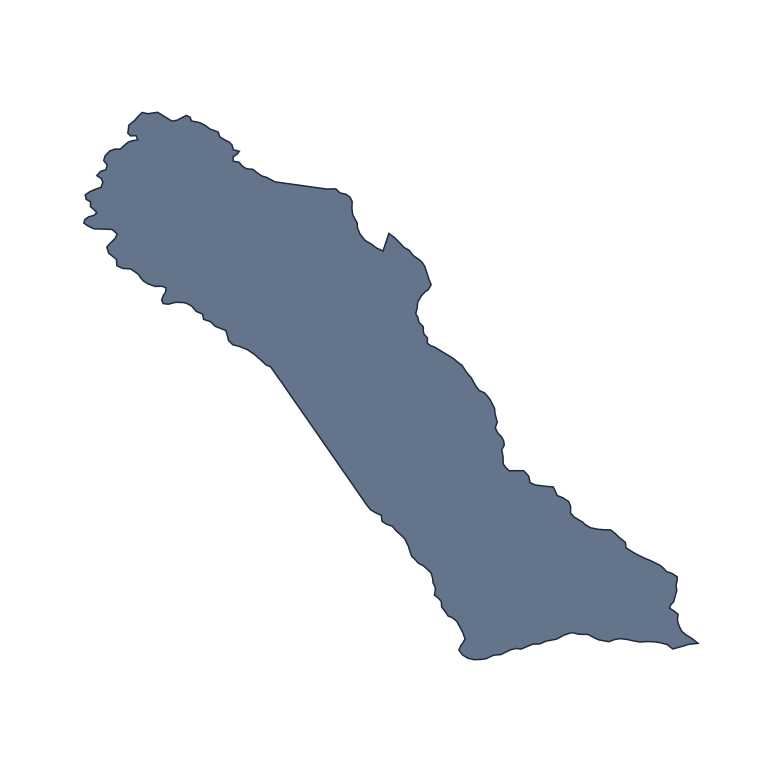 Senador La Rocque, Maranhão, Brazil, rotated 82°
{"feature_id": "56859067B35743322866998", "entity_name": "Senador La Rocque", "entity_type": "district", "adm_level": 2, "iso_a3": "BRA", "parent_name": "Brazil", "parent_adm1": "Maranhão", "projection": "equal_earth", "projection_center": [-47.144, -5.381], "detail": "fine", "context": "isolated", "style": "filled", "palette": "slate", "viewbox_px": 768, "rotation_deg": 82, "n_neighbors": 0, "source": "geoboundaries", "source_scale": "gbopen_adm2", "svg_char_len": 3829}
<svg xmlns="http://www.w3.org/2000/svg" viewBox="0 0 768 768"><g transform="rotate(82 384 384)"><path d="M684.6,109.1L679.3,114.0L674.6,119.7L670.2,123.6L665.1,125.3L661.1,126.1L657.6,126.1L652.9,124.8L648.5,129.0L645.8,132.4L642.6,130.7L639.6,127.2L635.9,125.8L629.2,122.8L623.7,122.8L619.9,121.2L615.8,120.4L611.8,125.0L608.9,130.5L605.5,132.7L602.1,135.7L596.2,144.3L592.5,150.7L588.7,156.2L585.7,160.3L582.9,163.6L579.9,167.1L574.5,167.0L568.8,172.3L564.4,175.7L560.0,179.9L559.0,186.2L557.6,192.4L555.1,199.5L551.4,204.2L548.5,206.4L542.0,214.5L537.5,217.2L531.2,216.2L526.1,217.5L521.5,222.8L518.4,228.2L515.0,229.0L509.5,230.7L507.7,238.5L505.1,248.1L502.0,253.0L495.2,253.6L489.3,257.8L488.3,264.9L487.3,272.2L483.4,275.2L479.8,277.1L472.4,276.2L465.5,276.6L461.2,273.4L457.0,273.4L452.8,274.9L447.9,278.4L442.7,279.9L437.6,277.1L433.8,277.6L428.7,278.2L423.5,277.9L414.5,281.0L411.2,282.8L407.0,285.5L403.6,290.6L399.2,293.1L395.0,294.8L390.1,296.7L383.8,300.7L376.4,304.1L372.0,308.6L369.0,311.1L364.0,317.1L359.8,322.3L354.5,328.7L352.5,332.6L349.6,335.4L344.5,334.6L339.9,337.6L336.4,337.6L332.9,337.1L327.7,340.8L322.8,341.2L318.8,342.8L314.5,341.0L307.2,339.0L302.0,334.8L298.6,330.7L296.7,327.0L292.3,323.5L286.1,325.0L281.6,325.7L273.2,327.3L269.0,329.2L265.7,331.9L261.0,337.0L255.1,340.5L251.3,345.4L246.3,348.8L240.7,353.0L235.6,358.2L252.2,366.5L248.0,372.9L243.6,377.1L239.4,382.5L236.3,384.5L232.0,386.9L225.7,388.6L220.8,388.1L217.0,389.6L211.9,391.4L205.3,391.3L198.8,390.1L194.3,391.6L190.8,395.2L188.6,401.0L184.0,404.6L183.0,413.5L168.7,463.7L166.0,467.5L162.9,471.7L161.2,475.6L158.2,479.2L153.2,483.9L151.7,490.2L148.7,493.8L144.1,496.8L142.3,502.4L138.2,501.9L136.1,497.7L133.4,494.9L131.1,500.6L126.2,501.2L122.7,503.8L120.2,507.6L116.4,512.2L111.5,513.1L107.1,521.1L103.6,524.4L99.6,529.9L96.7,538.0L92.7,539.0L90.5,542.4L94.0,552.2L94.2,557.4L83.4,570.4L83.5,580.2L81.4,585.7L84.9,590.3L88.3,594.3L92.1,600.6L96.4,601.8L100.0,602.8L103.1,600.3L103.5,594.9L108.0,594.0L108.0,599.1L108.9,603.8L112.0,608.7L114.7,612.4L113.9,618.0L115.1,623.2L119.1,628.3L123.7,630.5L128.6,627.6L133.0,629.6L134.0,635.2L137.7,639.4L141.1,635.5L144.8,634.3L149.8,636.8L151.2,643.6L152.7,648.7L155.2,653.6L159.8,653.2L162.7,649.3L167.6,650.0L171.1,646.8L174.5,644.6L176.7,648.0L177.3,653.2L179.5,657.3L182.8,658.9L186.2,655.3L190.0,649.7L191.9,638.4L193.1,631.8L198.3,627.4L202.2,629.8L206.4,635.4L209.8,639.4L216.0,638.5L223.4,631.6L229.7,632.1L233.3,626.4L234.7,619.1L240.9,612.2L245.3,610.0L248.4,608.0L252.0,603.8L255.5,597.1L256.4,589.8L258.6,586.4L262.8,587.6L265.7,590.3L269.9,592.5L273.6,591.5L275.0,586.6L274.1,578.8L275.6,570.6L277.5,567.0L280.0,563.7L286.0,559.8L289.6,553.9L294.9,553.7L298.0,547.3L303.3,543.2L306.2,538.2L309.1,533.1L313.8,532.5L319.5,531.8L324.1,528.3L326.6,522.2L331.0,514.5L336.6,508.2L345.2,500.9L348.7,498.2L351.0,494.0L359.1,489.9L366.9,485.8L370.5,483.9L379.5,479.5L415.4,461.3L501.5,417.9L506.6,414.9L509.9,410.8L513.8,404.9L519.7,405.1L523.2,401.0L526.1,395.5L531.2,392.3L535.7,388.4L539.9,385.2L543.6,383.9L547.8,382.5L553.8,381.5L558.5,380.6L561.7,377.9L566.4,374.8L569.5,370.2L577.5,363.8L582.8,362.9L587.9,363.1L592.3,361.6L596.1,362.1L600.0,363.5L603.4,360.2L607.3,357.5L612.8,358.0L618.9,354.5L622.7,352.8L625.1,348.6L629.1,345.0L640.8,340.6L647.7,339.2L650.8,341.5L653.6,344.2L657.8,346.9L663.3,343.9L667.3,339.0L669.6,332.9L670.2,327.0L670.3,321.3L667.8,313.3L668.2,305.9L664.8,295.8L664.3,289.7L665.6,285.1L664.1,279.6L662.3,272.9L663.1,266.1L661.2,259.4L660.7,248.9L657.6,240.3L656.3,232.4L658.9,226.0L660.5,216.5L663.4,212.8L667.1,207.3L670.5,197.3L669.1,190.7L669.1,185.3L670.7,179.1L673.0,173.0L675.1,166.7L675.7,159.0L676.9,152.3L678.8,146.0L681.5,139.8L686.6,134.9L685.3,125.0L684.2,118.2L684.6,109.1Z" fill="#64748b" stroke="#1e293b" stroke-width="1.5"/></g></svg>